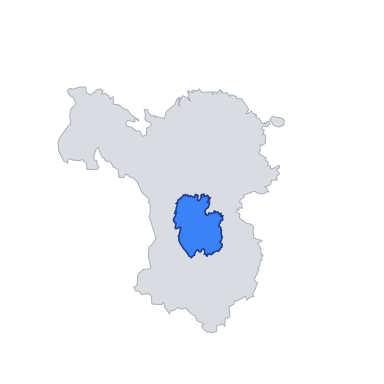 China, with Qinghai highlighted, rotated 250°
{"feature_id": "CHN-1151", "entity_name": "Qinghai", "entity_type": "Province", "adm_level": 1, "iso_a3": "CHN", "parent_name": "China", "parent_adm1": "", "projection": "equal_earth", "projection_center": [96.897, 35.43], "detail": "fine", "context": "in_parent", "style": "filled", "palette": "blue", "viewbox_px": 384, "rotation_deg": 250, "n_neighbors": 0, "source": "natural_earth", "source_scale": "10m", "svg_char_len": 9542}
<svg xmlns="http://www.w3.org/2000/svg" viewBox="0 0 384 384"><g transform="rotate(250 192 192)"><path d="M219.4,280.5L212.6,277.3L211.9,273.7L213.0,271.8L208.2,270.8L205.3,267.9L198.5,273.4L196.9,271.8L193.7,274.0L191.0,272.0L189.3,274.5L187.1,273.8L186.2,275.4L187.3,282.9L184.9,282.6L184.0,278.8L179.2,280.7L178.0,276.9L174.2,276.1L175.9,270.5L172.6,268.9L171.6,264.1L172.4,262.6L165.9,264.0L166.7,261.9L165.7,259.1L167.2,254.9L171.4,250.8L171.3,239.3L169.6,239.4L168.5,235.5L166.3,233.1L164.7,234.9L159.5,233.7L160.9,231.3L160.2,229.4L158.7,230.2L159.8,228.1L158.2,226.8L155.0,229.5L151.2,227.7L144.3,232.2L141.3,236.7L137.9,238.2L134.4,235.9L127.5,234.4L122.3,241.0L121.1,235.8L116.0,237.6L111.0,235.7L110.0,236.9L108.7,235.6L107.9,237.0L106.4,234.5L103.6,234.3L103.9,232.4L99.3,230.3L98.8,228.3L96.2,228.5L88.9,220.9L85.8,220.9L84.2,222.8L74.8,213.8L73.0,214.5L73.2,210.2L71.7,206.5L75.8,206.6L74.1,196.8L75.4,195.0L72.2,192.7L71.4,187.4L62.6,185.3L61.5,183.8L61.5,179.9L54.7,176.9L58.4,175.3L57.5,173.9L57.7,168.9L52.9,167.6L52.7,162.4L54.1,161.6L54.8,158.7L59.0,156.0L62.5,155.1L62.9,157.1L65.9,156.8L69.1,152.7L74.8,152.3L78.0,149.4L85.2,146.4L85.2,142.7L87.0,141.4L86.4,140.4L88.3,139.7L86.8,134.1L87.7,130.4L85.0,129.4L93.5,126.7L97.2,128.0L97.7,126.2L96.5,125.2L100.4,116.0L108.2,118.0L111.4,116.7L112.8,109.5L116.7,108.3L118.4,105.1L122.5,104.7L123.0,108.2L133.2,113.2L136.1,119.6L134.3,125.6L135.2,127.6L147.1,129.1L155.5,133.0L155.3,134.4L160.2,142.3L183.8,143.4L186.9,145.7L194.2,148.2L197.9,147.4L197.9,148.8L200.2,149.2L208.3,144.9L220.1,144.0L224.9,142.0L227.5,138.6L231.6,136.4L228.8,132.5L230.7,128.4L238.6,130.2L242.7,126.4L247.7,126.0L251.2,121.2L254.6,120.8L254.9,119.5L265.8,119.0L264.7,116.2L258.6,111.4L255.4,111.4L253.8,113.3L251.0,112.1L247.3,113.1L245.3,110.6L249.3,101.0L254.7,102.7L260.4,99.7L259.7,97.8L262.6,91.2L265.2,88.5L264.3,86.0L261.6,85.1L265.1,82.1L276.0,80.7L285.2,83.4L288.9,87.1L296.7,98.9L297.0,101.1L306.0,103.4L311.2,106.4L314.6,113.1L321.2,112.9L323.6,110.7L328.4,109.2L330.2,109.9L331.3,112.9L329.2,115.3L329.2,121.4L327.1,128.0L321.2,126.8L317.8,129.7L320.6,138.4L320.3,141.2L317.5,142.3L318.2,143.5L314.8,140.7L314.4,144.0L311.2,146.5L307.2,146.8L308.7,149.1L308.3,150.4L301.3,148.4L298.6,153.4L293.8,156.1L291.4,159.4L284.9,161.4L277.6,166.8L277.2,165.7L279.8,164.5L280.2,162.8L277.7,162.8L277.5,161.8L281.5,155.9L279.1,153.0L276.1,153.4L273.3,157.5L268.5,160.5L266.9,164.0L261.3,164.3L261.1,168.8L267.5,171.1L268.0,175.6L269.7,176.8L271.9,176.7L274.0,173.4L276.2,172.5L280.7,174.8L285.7,175.2L284.5,178.8L282.5,178.0L277.3,180.0L276.8,183.2L274.6,182.8L275.2,184.2L270.5,191.4L276.2,195.1L280.0,205.6L285.2,210.6L285.0,211.9L278.7,209.2L276.4,210.3L279.7,210.0L285.7,216.1L281.5,220.5L279.3,220.5L278.1,221.5L283.3,221.1L287.7,223.9L285.0,226.5L287.3,226.5L287.2,228.8L284.9,228.9L286.2,230.0L285.3,232.1L286.2,234.5L283.8,234.2L282.0,236.3L279.1,245.6L276.8,244.6L278.4,247.6L276.5,249.5L274.8,249.0L277.3,249.8L277.6,254.0L275.3,253.6L275.9,255.1L274.4,255.2L273.0,259.2L268.9,260.2L270.1,261.8L266.8,266.2L264.5,265.8L262.5,270.6L250.1,273.6L247.4,269.6L246.5,270.9L247.8,275.6L245.4,275.7L243.0,278.6L241.7,277.3L241.5,278.9L239.6,278.1L238.0,280.1L231.9,281.7L230.7,284.4L232.6,287.3L231.8,288.9L229.4,288.4L228.1,284.6L229.4,280.7L227.5,279.2L225.4,281.1L221.9,277.8L222.0,279.6L219.4,280.5ZM233.4,290.0L235.4,293.3L230.7,301.7L227.9,303.3L223.6,301.1L223.3,295.7L226.3,291.7L233.4,290.0ZM285.6,213.3L283.9,212.9L282.2,211.2L283.5,211.5L285.6,213.3ZM288.5,222.6L287.3,223.0L286.9,222.1L288.5,222.6ZM278.6,252.6L277.9,253.7L277.9,252.3L278.6,252.6ZM231.3,284.0L232.5,283.4L232.5,284.2L231.3,284.0Z" fill="#d9dde1" stroke="#a8b0b8" stroke-width="1"/><path d="M143.7,164.2L144.2,164.2L144.7,163.9L145.4,164.0L146.1,163.8L146.6,163.4L147.2,163.4L147.6,163.2L148.4,163.4L149.5,163.1L151.1,163.2L151.8,163.3L152.3,163.7L153.2,163.9L153.6,164.2L154.6,164.2L155.0,164.0L155.7,164.9L156.3,165.1L156.9,165.9L157.3,166.0L157.8,166.5L158.4,166.7L158.5,167.2L158.9,167.2L159.3,167.4L159.7,167.5L160.7,168.0L160.7,168.4L160.8,168.5L161.8,169.0L162.6,169.2L162.8,169.2L162.9,167.9L162.7,167.3L162.9,167.1L162.9,166.8L162.9,166.0L163.0,165.2L162.8,164.5L163.1,164.0L163.7,163.9L164.7,164.2L168.1,166.4L169.0,165.6L169.1,165.3L169.3,165.0L169.6,165.1L169.9,165.4L170.6,165.5L171.0,165.2L171.2,164.7L171.4,164.7L172.1,165.0L172.4,165.3L172.9,165.4L173.0,165.5L172.9,165.7L173.0,165.8L174.9,167.7L175.2,168.2L176.3,169.1L177.3,169.4L177.7,169.7L178.0,170.1L178.0,169.5L177.8,169.3L177.7,168.9L177.8,168.4L178.8,169.4L179.8,169.7L180.0,170.0L180.2,170.6L180.3,170.8L182.3,171.6L183.5,172.7L185.4,173.9L185.8,174.4L186.0,174.4L186.1,173.8L186.6,173.1L186.9,173.8L187.1,174.1L187.2,174.3L187.1,174.6L187.1,174.8L187.6,175.2L187.9,175.2L188.6,175.8L189.0,176.0L189.6,176.7L189.6,177.0L189.3,177.2L189.2,178.0L189.6,178.3L189.8,178.6L190.3,179.0L190.3,179.3L189.9,179.5L189.9,179.8L190.4,180.2L190.6,180.7L190.7,180.9L191.0,182.0L191.4,182.1L192.1,182.7L191.6,183.6L191.9,184.1L191.8,184.5L191.8,185.1L191.2,185.0L190.9,185.0L190.7,185.1L190.4,185.6L190.6,186.5L190.6,187.1L189.8,187.0L189.5,187.2L189.2,187.7L188.6,187.8L188.6,188.2L188.5,188.6L189.0,189.2L189.0,189.4L188.8,189.6L188.5,190.1L188.2,190.2L187.7,190.7L187.3,190.8L186.9,191.2L186.8,191.5L186.9,191.8L186.8,192.0L186.5,192.0L186.1,192.4L186.1,192.6L186.3,192.8L186.5,192.9L186.8,192.6L187.0,193.1L187.1,193.3L187.3,193.4L187.7,193.5L188.0,193.7L188.4,194.6L188.2,194.8L188.1,195.1L187.8,195.1L187.7,195.4L187.4,195.5L187.5,195.7L187.2,195.8L187.2,196.0L186.7,196.0L186.3,196.5L186.0,196.2L185.6,196.0L185.5,195.7L185.3,195.6L184.1,195.2L183.7,195.0L182.8,194.8L182.2,194.4L181.5,195.1L181.4,195.6L181.5,195.9L182.0,196.7L182.3,197.4L182.6,197.7L183.2,197.9L183.3,198.4L183.4,199.2L183.7,199.0L184.1,199.2L184.4,199.2L185.0,198.8L185.4,199.3L185.6,200.1L186.0,200.1L186.3,200.0L186.3,200.3L185.9,200.7L185.8,200.9L185.8,201.3L186.1,201.7L185.7,202.6L185.2,202.1L184.8,201.9L184.6,201.9L184.4,202.2L184.2,202.1L183.5,202.4L183.3,203.1L183.2,203.7L183.3,203.9L183.7,204.2L183.8,204.6L183.5,205.4L183.3,205.6L183.0,205.5L182.6,205.7L182.3,205.8L181.8,205.6L181.0,205.5L180.9,206.0L180.9,206.5L180.7,207.0L180.4,207.3L180.0,206.9L180.1,206.7L180.5,206.2L180.2,205.8L180.1,205.5L179.7,205.0L179.0,205.2L178.8,205.8L178.4,205.7L178.5,205.0L178.4,204.4L177.9,203.8L177.4,203.7L177.1,203.2L176.9,203.7L176.6,203.9L176.6,204.4L176.4,205.0L175.4,204.5L174.2,204.1L173.9,203.4L173.3,202.9L172.2,202.4L171.7,201.5L171.7,201.1L171.5,200.2L171.3,200.0L171.1,199.6L171.0,199.4L171.1,199.1L170.1,197.9L169.8,197.8L169.3,197.9L169.0,197.3L168.1,197.2L167.9,197.2L167.3,197.7L166.7,197.8L166.6,197.2L166.4,196.9L166.2,196.9L166.0,197.4L164.9,197.8L164.8,198.1L165.0,198.6L164.9,199.4L165.1,199.6L165.4,199.7L165.5,200.2L165.6,200.4L166.1,200.5L166.6,200.9L166.5,201.1L166.0,201.3L165.8,201.7L165.5,202.2L165.4,202.6L165.5,203.1L165.5,203.3L165.0,203.7L164.8,204.1L164.9,204.8L165.1,205.3L165.8,205.8L166.0,205.9L166.1,206.1L166.5,206.4L166.5,206.6L166.1,207.0L165.9,206.8L164.8,206.7L164.6,207.2L165.0,207.4L164.9,207.8L164.9,208.1L164.5,208.2L164.4,208.3L164.2,208.8L164.4,209.3L164.2,209.5L163.9,209.5L163.8,209.8L163.6,209.9L163.0,209.8L162.6,210.0L161.7,210.1L162.0,210.6L161.8,211.1L162.0,211.6L161.9,212.0L161.7,212.0L161.3,211.7L160.4,211.5L160.0,211.1L159.6,210.5L159.1,210.7L158.8,211.3L159.2,211.9L159.2,212.5L159.3,212.7L159.1,213.0L158.9,212.9L158.7,212.4L158.6,212.0L158.4,211.8L157.4,211.8L157.0,211.9L156.8,211.6L156.4,211.5L155.6,211.6L155.2,211.2L155.1,210.7L154.9,210.2L155.0,209.9L155.3,209.8L155.2,209.6L155.3,209.3L155.2,208.9L154.8,208.7L154.5,208.3L153.6,208.3L153.1,207.8L153.0,207.7L152.8,206.9L152.0,206.4L151.9,206.1L151.3,205.5L151.2,205.5L150.9,205.8L150.3,206.1L150.1,205.9L150.0,206.3L149.2,206.5L148.9,206.8L148.3,206.8L148.0,206.6L147.6,206.7L147.3,206.3L147.0,206.2L146.3,206.2L145.8,206.6L145.6,206.2L145.2,206.2L144.4,205.6L143.6,205.7L143.4,205.1L142.7,205.2L142.1,205.0L141.7,205.1L140.4,204.9L140.2,205.0L140.0,204.9L139.6,205.1L139.5,204.6L139.5,204.3L139.0,204.1L138.7,204.4L138.4,204.4L138.2,204.2L137.6,203.6L137.2,203.5L136.3,202.9L136.0,202.5L135.5,201.6L135.7,201.3L135.5,201.2L134.6,201.2L134.3,201.7L133.9,201.9L133.4,201.9L132.9,202.4L132.6,202.5L132.1,202.4L131.7,202.2L130.9,201.5L130.6,201.6L130.2,201.4L129.8,200.8L129.8,200.4L129.9,200.2L129.7,199.8L129.4,199.5L128.8,199.3L128.7,198.8L128.4,198.5L128.4,198.1L127.7,197.5L127.2,196.5L127.2,196.3L127.3,196.1L127.7,196.0L127.9,195.6L128.3,194.6L128.2,194.4L128.0,193.3L127.9,192.6L127.7,192.2L128.2,191.7L128.2,191.1L128.0,190.9L127.0,190.8L127.1,190.0L126.5,189.0L126.7,188.8L126.7,188.2L127.3,188.0L127.9,187.6L128.0,187.5L127.7,187.1L127.9,186.8L127.9,186.4L128.2,185.6L128.3,185.2L128.1,185.1L127.5,185.1L126.9,184.9L126.7,184.6L126.6,184.2L126.9,183.8L127.4,183.6L127.8,183.6L128.8,183.7L129.1,183.6L129.2,183.4L129.5,182.4L129.7,182.7L130.1,183.2L130.7,183.3L132.3,183.4L133.4,184.0L134.7,183.6L134.8,183.5L134.8,183.2L134.5,182.1L134.2,180.9L133.4,180.6L133.1,180.3L132.8,179.9L132.8,179.1L132.9,178.9L133.4,178.2L134.5,178.1L135.2,177.7L135.7,177.6L135.9,177.3L135.8,176.9L135.4,176.5L135.1,175.8L134.9,175.0L134.7,174.7L134.1,174.4L133.6,173.9L131.7,172.7L131.8,171.9L131.8,171.4L130.7,169.4L130.5,168.7L130.8,168.5L131.3,168.5L132.1,168.1L132.8,167.5L132.9,167.2L134.6,167.0L135.5,166.8L136.0,166.8L136.8,166.3L137.6,166.2L139.9,165.5L140.5,165.2L141.1,164.8L141.7,164.7L143.7,164.2Z" fill="#3b82f6" stroke="#1e3a8a" stroke-width="1.5"/></g></svg>